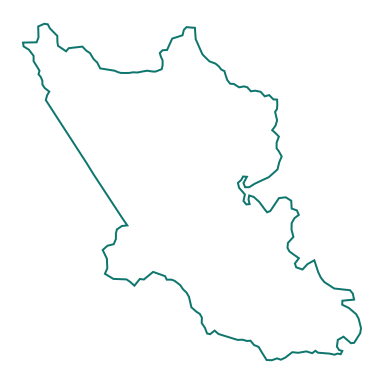 outline of Montenegro, Rio Grande do Sul, Brazil
{"feature_id": "56859067B94353627471018", "entity_name": "Montenegro", "entity_type": "district", "adm_level": 2, "iso_a3": "BRA", "parent_name": "Brazil", "parent_adm1": "Rio Grande do Sul", "projection": "mercator", "projection_center": [-51.488, -29.71], "detail": "fine", "context": "isolated", "style": "outline", "palette": "teal", "viewbox_px": 384, "rotation_deg": 0, "n_neighbors": 0, "source": "geoboundaries", "source_scale": "gbopen_adm2", "svg_char_len": 2691}
<svg xmlns="http://www.w3.org/2000/svg" viewBox="0 0 384 384"><path d="M23.0,42.6L23.6,46.4L28.9,49.7L33.6,55.9L33.6,61.2L39.5,70.7L38.5,74.2L40.9,77.2L42.4,80.9L42.4,84.6L44.8,88.1L49.3,91.6L47.1,95.3L45.8,100.1L86.8,163.4L93.4,174.1L122.2,218.0L127.3,225.4L121.9,226.0L116.9,229.4L115.9,233.5L115.9,239.1L113.7,244.2L107.5,245.7L102.7,250.0L106.9,258.7L107.3,268.4L104.9,273.8L113.4,278.9L126.5,279.4L130.2,281.9L134.4,285.7L139.8,279.0L143.9,279.5L153.1,271.9L158.5,273.8L165.1,276.2L166.8,279.7L171.7,279.7L174.7,280.9L180.3,285.2L182.9,289.1L186.6,292.7L189.0,296.9L191.4,307.3L196.5,311.8L199.8,313.9L201.9,317.6L201.7,323.0L205.0,328.0L207.1,333.5L210.1,334.2L214.6,330.6L218.5,334.0L237.6,339.9L242.6,339.7L247.0,341.0L250.5,340.7L254.0,345.0L258.6,346.9L261.8,352.3L266.6,360.0L271.9,360.2L277.0,358.4L280.9,359.7L285.3,357.6L288.3,355.3L292.3,352.2L298.2,352.8L306.3,351.4L312.2,353.2L315.4,350.8L318.0,352.7L329.5,353.6L334.4,354.7L337.6,353.6L340.7,354.2L342.3,351.0L339.1,350.0L336.9,346.6L337.8,339.9L343.5,336.7L351.0,343.2L354.1,342.8L356.6,338.9L360.2,333.2L361.0,328.1L358.6,318.6L356.1,314.1L348.9,308.0L342.2,304.7L342.4,300.7L354.1,299.6L352.8,293.6L350.0,290.2L344.2,289.6L334.2,288.5L324.4,282.1L320.8,277.6L318.2,272.1L316.1,265.7L314.3,260.3L307.5,264.1L302.5,269.5L296.2,267.3L294.9,263.5L298.9,258.2L292.3,253.6L289.4,251.4L287.5,247.9L287.9,243.0L293.4,236.9L291.5,229.5L291.7,223.1L294.4,218.2L298.8,214.9L296.9,210.4L291.7,208.6L291.2,200.7L285.7,197.3L279.0,198.1L270.3,211.0L267.1,212.3L264.9,209.6L259.3,202.0L253.7,196.9L249.2,195.5L248.5,199.5L249.6,204.1L246.3,204.4L243.5,200.9L244.9,194.4L239.1,187.8L237.9,182.9L241.2,180.0L243.1,176.5L246.9,176.8L243.5,183.1L245.1,187.2L249.2,187.2L254.4,183.9L262.2,180.2L268.8,177.2L277.5,169.4L279.3,162.0L281.7,156.5L278.9,151.4L276.6,148.3L276.6,142.7L278.9,136.6L275.4,133.0L272.2,130.2L275.6,125.5L277.1,120.3L275.1,111.9L277.0,109.0L277.3,104.5L277.1,99.6L273.4,99.4L269.2,95.1L264.7,96.3L260.6,91.8L255.2,90.7L250.9,91.3L247.3,87.3L244.1,86.4L239.1,87.3L233.9,84.0L230.1,83.7L227.3,80.1L225.9,76.1L224.4,71.1L221.2,69.5L218.8,66.3L215.3,63.5L209.5,61.4L205.2,57.2L202.4,54.3L195.7,39.2L194.9,27.8L190.4,27.5L186.6,27.1L183.9,29.8L182.5,35.3L177.2,37.0L172.2,38.6L167.1,49.9L162.5,50.3L159.8,53.0L160.9,56.7L162.6,60.4L162.6,65.3L161.7,69.2L158.6,70.4L155.4,71.6L152.3,71.5L147.3,70.7L142.5,71.5L137.6,72.5L132.9,72.3L129.6,72.9L125.3,73.0L120.6,72.9L117.6,72.0L114.6,70.7L100.2,68.4L97.1,62.4L93.6,59.1L90.0,53.1L86.3,50.7L82.4,46.6L68.7,48.2L66.1,51.3L58.0,45.8L57.4,41.9L57.3,35.9L49.9,28.4L47.8,24.3L44.2,23.8L38.2,26.5L38.5,37.4L36.6,42.3L23.0,42.6Z" fill="none" stroke="#0f766e" stroke-width="2"/></svg>